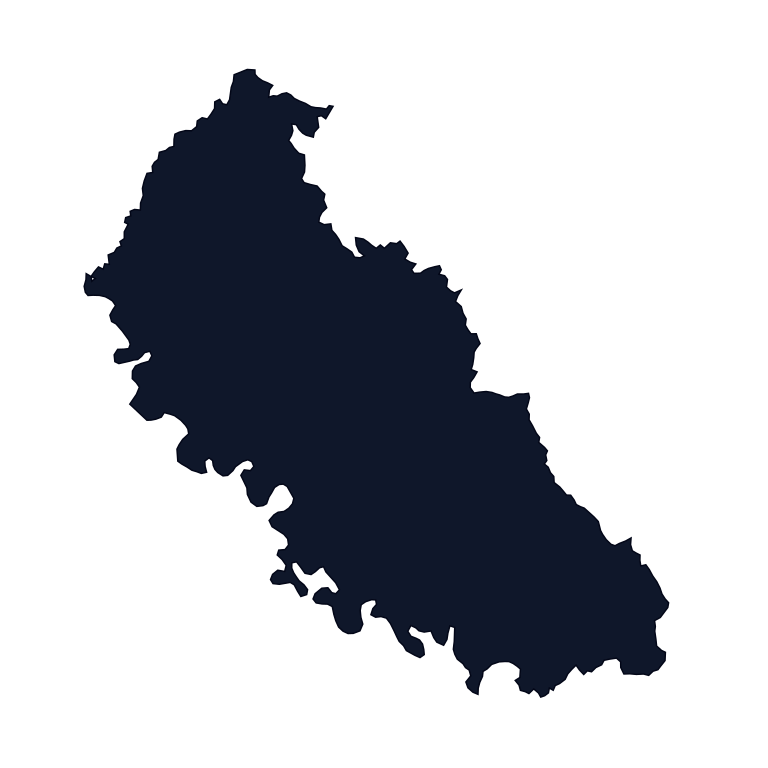 Otacílio Costa, Santa Catarina, Brazil (orthographic projection), rotated 6°
{"feature_id": "56859067B66528087986219", "entity_name": "Otacílio Costa", "entity_type": "district", "adm_level": 2, "iso_a3": "BRA", "parent_name": "Brazil", "parent_adm1": "Santa Catarina", "projection": "orthographic", "projection_center": [-49.975, -27.498], "detail": "fine", "context": "isolated", "style": "filled", "palette": "ink", "viewbox_px": 768, "rotation_deg": 6, "n_neighbors": 0, "source": "geoboundaries", "source_scale": "gbopen_adm2", "svg_char_len": 6142}
<svg xmlns="http://www.w3.org/2000/svg" viewBox="0 0 768 768"><g transform="rotate(6 384 384)"><path d="M451.0,282.4L444.6,286.0L440.4,284.3L436.0,281.1L436.2,273.4L433.0,270.0L427.1,269.1L429.0,264.4L426.8,260.6L422.4,262.0L416.2,264.4L412.1,266.9L408.7,270.0L402.3,270.8L399.4,267.4L403.1,261.3L397.3,260.1L391.6,257.5L394.3,251.3L389.6,245.1L385.0,240.2L382.0,243.1L375.6,242.9L370.2,249.0L365.8,246.1L362.1,249.9L357.2,247.3L353.3,244.6L348.4,242.0L340.4,241.4L341.9,248.7L345.4,255.0L351.1,258.6L347.0,261.0L341.4,261.0L338.2,256.2L332.9,253.3L327.9,250.9L324.0,244.8L320.2,240.3L316.1,236.6L314.4,230.3L307.8,231.8L302.2,229.8L302.4,224.8L304.3,219.9L308.6,214.7L304.7,207.4L305.3,201.4L301.7,198.8L296.8,194.1L289.9,193.3L283.5,192.1L280.5,188.3L282.8,181.5L282.5,174.7L280.9,164.5L275.1,163.4L269.9,158.8L266.6,154.6L263.7,151.7L266.0,146.4L266.9,141.6L264.9,135.0L269.7,135.3L272.9,139.6L276.9,143.0L280.6,144.7L287.9,145.9L288.3,141.0L292.2,135.6L289.6,125.1L293.7,123.7L298.3,126.3L304.3,113.2L300.4,112.9L298.0,116.6L292.2,116.1L287.0,116.3L282.4,115.9L276.6,113.2L270.5,111.5L264.9,109.4L261.1,106.3L256.7,104.6L252.2,106.0L247.7,108.9L243.7,108.9L239.3,110.9L239.3,103.5L242.1,98.7L236.9,96.7L231.3,95.1L226.5,92.4L223.4,89.5L222.8,85.2L215.1,85.5L202.6,92.1L202.6,99.0L201.1,104.9L200.7,117.4L198.5,122.7L194.2,122.2L190.8,118.1L186.2,121.1L186.7,127.8L183.7,133.8L180.7,138.9L175.3,138.2L170.8,141.9L170.8,147.6L166.1,152.3L160.3,152.7L154.2,154.9L150.0,157.4L149.6,162.5L150.2,169.7L145.9,171.2L142.6,174.6L136.4,177.0L135.9,184.3L132.6,187.5L130.7,191.7L131.9,197.8L126.3,199.3L124.3,207.1L123.3,214.7L124.9,221.8L123.0,229.5L123.5,236.5L117.7,236.5L113.5,238.8L114.6,243.3L109.7,245.5L109.2,250.4L112.9,251.8L109.8,259.8L110.5,266.6L106.5,270.0L108.4,274.1L104.1,276.7L102.0,281.3L96.2,284.5L98.3,293.7L93.7,293.7L92.7,299.2L87.8,297.4L84.2,302.7L81.4,307.7L76.3,305.4L76.7,311.4L75.6,318.2L77.4,324.0L80.4,326.9L85.3,326.1L91.8,325.6L97.7,326.3L101.4,327.8L105.3,329.8L108.9,334.1L106.6,338.4L104.2,344.2L106.6,350.3L111.2,352.2L118.2,358.7L125.7,367.0L127.5,371.0L126.4,375.5L121.5,376.6L115.5,377.4L112.6,383.2L114.0,389.9L118.2,391.4L128.8,387.8L132.4,386.3L136.5,385.4L140.0,381.8L142.6,377.8L147.7,375.9L150.2,380.2L147.8,386.0L140.4,389.0L135.0,392.1L132.5,397.4L133.1,405.0L137.4,408.4L141.1,412.7L138.9,420.2L133.3,430.6L152.0,444.8L156.3,444.2L160.8,442.8L166.0,440.2L168.4,435.4L174.8,436.4L179.1,437.4L185.7,441.2L191.0,445.8L193.6,449.1L195.0,454.0L189.6,460.1L186.6,465.8L184.9,470.4L187.0,482.3L191.2,484.7L196.9,487.2L201.9,489.8L207.1,490.8L211.7,492.0L216.8,490.3L214.7,484.7L213.8,479.4L217.7,475.7L221.6,478.1L222.7,482.8L224.8,486.6L227.9,489.4L233.5,492.2L238.1,491.2L242.8,485.9L244.9,481.8L251.4,475.9L256.5,473.6L260.6,475.0L263.2,479.6L260.2,484.1L254.0,484.0L251.2,489.8L258.5,501.6L259.7,508.1L264.1,515.4L270.3,519.0L276.4,517.6L279.7,515.3L281.4,508.4L283.5,504.2L286.0,498.3L290.2,494.9L294.3,494.1L298.4,496.0L306.3,507.1L305.5,512.7L302.3,517.5L297.9,521.2L292.1,522.6L288.3,525.6L284.0,531.7L287.6,537.6L300.1,543.9L304.4,548.0L305.9,554.1L302.9,559.0L296.7,560.2L295.7,565.2L301.0,569.2L305.7,574.6L304.8,580.8L297.8,580.3L293.1,585.0L291.6,590.4L294.5,594.1L300.9,594.1L311.5,591.1L315.7,593.1L319.7,599.1L323.5,604.0L329.1,601.5L329.5,596.5L325.4,592.1L320.2,588.7L316.8,584.8L313.9,581.2L311.5,576.8L311.0,571.5L315.6,570.0L320.1,574.7L325.2,580.5L331.4,581.1L335.3,577.8L339.1,573.5L343.0,572.0L345.8,576.9L356.7,586.7L361.2,593.3L358.0,597.6L353.9,597.0L349.5,592.5L343.5,593.6L337.4,599.8L335.9,605.2L339.4,608.8L345.4,609.2L350.9,608.8L355.8,610.7L358.2,618.3L360.8,624.5L364.3,630.5L369.1,634.1L374.3,635.9L379.5,635.2L385.9,632.0L388.0,625.0L385.4,618.5L384.0,611.7L384.4,605.9L388.5,602.4L394.2,599.8L398.3,599.6L399.6,604.0L396.4,608.5L395.1,614.8L400.0,616.8L405.4,615.6L410.9,616.6L415.5,621.6L419.7,628.2L423.1,633.9L426.0,638.4L430.8,642.2L434.1,646.8L443.1,650.6L448.4,652.3L452.3,648.9L451.3,643.9L449.5,638.6L446.1,634.9L442.4,633.5L437.2,632.1L433.5,627.4L436.0,621.4L441.0,623.1L444.6,625.8L449.9,626.5L456.6,624.7L460.0,631.0L463.5,635.2L470.6,637.6L473.3,631.5L473.6,625.0L474.8,617.6L479.8,618.7L480.8,632.8L480.7,640.6L482.7,645.4L485.7,650.0L491.8,653.9L494.7,657.5L498.6,659.6L500.8,665.2L496.6,671.8L499.3,677.4L504.6,681.2L509.9,682.8L509.5,676.6L510.4,670.8L512.5,664.5L512.5,659.5L516.4,656.5L520.4,651.6L527.5,648.3L533.3,647.3L537.4,647.0L541.6,648.4L545.8,650.7L549.5,653.2L549.8,661.7L545.5,665.1L549.8,669.4L551.7,674.4L556.6,675.2L560.5,676.7L564.8,671.6L570.0,675.2L572.6,679.0L576.4,677.2L579.8,674.0L580.2,669.1L584.3,670.9L585.8,666.0L589.9,663.6L595.0,658.8L597.1,653.0L600.7,648.0L604.4,643.5L608.3,648.0L613.0,652.0L616.2,648.0L620.5,648.5L624.4,643.8L629.8,640.5L631.7,635.8L637.2,634.0L643.9,632.3L648.4,635.6L649.1,641.2L652.9,647.3L658.7,646.5L665.4,646.4L672.4,645.3L677.7,646.1L681.6,641.5L686.3,639.5L688.7,635.5L692.4,629.7L691.9,621.4L687.9,620.0L682.5,616.1L681.1,609.5L679.1,601.5L679.2,596.8L677.8,591.0L683.2,587.3L689.6,576.6L689.9,571.8L686.1,568.4L682.4,563.8L679.8,558.1L676.0,552.2L671.3,546.8L667.2,540.8L663.3,536.4L658.4,538.1L656.9,532.6L656.5,527.3L652.5,525.8L648.4,523.9L646.0,518.0L645.8,511.3L640.7,514.9L634.7,518.0L630.7,520.7L626.5,519.7L621.3,515.6L617.1,510.7L614.7,507.1L611.5,498.4L606.8,494.3L596.1,486.5L592.2,485.5L587.8,483.8L585.2,479.5L581.3,475.1L577.1,475.4L573.4,471.7L569.6,468.1L563.5,464.2L562.5,458.2L558.8,454.8L556.0,449.6L551.8,446.8L553.9,443.1L552.2,437.6L553.5,433.4L550.3,430.3L544.0,425.9L544.3,420.9L540.6,417.0L536.1,410.0L532.0,404.4L531.6,398.8L528.2,394.0L529.4,387.5L530.1,382.4L528.7,378.2L523.8,379.4L517.7,380.0L513.4,382.5L509.5,384.2L505.4,384.3L500.3,382.8L496.2,382.1L492.3,381.1L486.4,380.8L479.9,382.1L474.5,383.6L470.1,378.6L469.7,373.2L472.6,368.3L475.3,362.2L469.2,360.5L470.2,355.2L470.5,348.7L470.3,342.9L472.0,339.0L475.3,333.7L472.6,329.1L470.5,324.4L465.2,325.0L461.7,321.1L458.7,317.0L458.9,310.7L455.2,305.4L452.7,298.9L446.5,294.5L448.2,288.4L451.0,282.4ZM81.4,307.7L85.9,309.2L82.7,312.4L81.4,307.7Z" fill="#0f172a" stroke="#020617" stroke-width="1.5"/></g></svg>